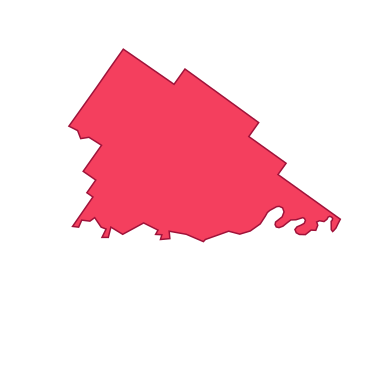 Gibson, Indiana, United States of America (Mercator projection), rotated 215°
{"feature_id": "52423323B43941420318175", "entity_name": "Gibson", "entity_type": "district", "adm_level": 2, "iso_a3": "USA", "parent_name": "United States of America", "parent_adm1": "Indiana", "projection": "mercator", "projection_center": [-87.738, 38.349], "detail": "fine", "context": "isolated", "style": "filled", "palette": "rose", "viewbox_px": 384, "rotation_deg": 215, "n_neighbors": 0, "source": "geoboundaries", "source_scale": "gbopen_adm2", "svg_char_len": 1238}
<svg xmlns="http://www.w3.org/2000/svg" viewBox="0 0 384 384"><g transform="rotate(215 192 192)"><path d="M270.1,95.3L264.7,98.2L266.2,105.7L258.9,109.6L257.0,115.2L246.3,111.1L241.1,112.4L239.7,103.2L234.5,106.8L238.3,116.7L224.5,117.6L213.9,138.9L198.0,141.3L197.5,136.4L192.2,139.7L190.6,135.0L183.4,141.1L188.2,146.8L172.4,154.1L154.2,157.9L153.8,160.8L147.8,169.2L139.5,180.9L128.7,184.9L121.9,193.5L117.8,205.0L118.1,214.3L118.5,218.4L117.7,221.6L114.3,228.5L112.3,230.3L108.7,231.0L105.2,228.5L103.9,223.4L106.3,215.3L105.2,212.9L102.9,211.7L100.3,212.7L97.9,216.1L96.3,221.7L95.0,225.8L90.9,228.9L86.5,234.6L84.7,234.8L82.8,233.8L82.1,230.7L83.7,227.4L86.0,223.7L86.2,220.3L83.2,218.4L79.7,218.8L74.7,222.1L72.6,229.1L68.6,231.6L69.9,236.9L72.7,238.9L71.1,241.6L66.9,243.5L65.8,247.0L66.1,249.5L65.2,251.1L63.1,251.5L61.6,251.0L60.9,249.1L61.2,247.8L56.3,241.0L54.1,240.3L54.0,240.8L53.8,241.5L53.4,245.0L54.1,249.2L54.9,254.8L131.6,255.6L131.4,269.5L177.3,270.0L177.2,287.1L268.3,288.7L268.5,269.9L314.5,269.7L330.2,269.6L330.3,246.4L330.2,223.5L330.6,175.3L320.9,176.7L313.8,171.9L307.8,177.7L292.9,178.4L293.0,146.5L277.7,146.6L277.7,131.1L270.3,131.1L270.1,95.3Z" fill="#f43f5e" stroke="#9f1239" stroke-width="1.5"/></g></svg>